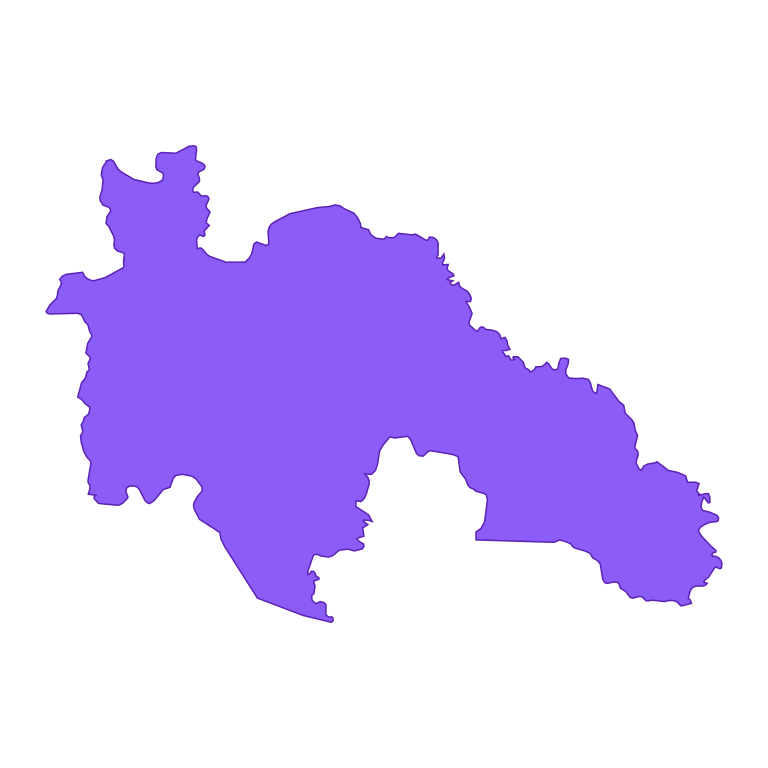 SVG path tracing the border of Savanes
{"feature_id": "CIV-3431", "entity_name": "Savanes", "entity_type": "Department", "adm_level": 1, "iso_a3": "CIV", "parent_name": "Ivory Coast", "parent_adm1": "", "projection": "albers", "projection_center": [-5.464, 9.628], "detail": "fine", "context": "isolated", "style": "filled", "palette": "violet", "viewbox_px": 768, "rotation_deg": 0, "n_neighbors": 0, "source": "natural_earth", "source_scale": "10m", "svg_char_len": 6070}
<svg xmlns="http://www.w3.org/2000/svg" viewBox="0 0 768 768"><path d="M344.6,208.9L354.1,213.3L357.9,218.2L360.5,223.7L360.8,227.4L368.5,229.7L370.8,234.7L376.0,238.2L383.9,239.3L386.5,236.5L388.6,237.7L392.1,237.8L394.6,237.2L398.6,233.3L412.1,234.9L415.5,234.0L426.0,240.2L427.9,240.0L429.5,237.1L433.0,237.4L436.5,239.7L438.1,242.9L438.1,254.8L436.7,257.3L437.0,258.2L441.1,258.0L443.9,254.0L444.5,258.5L442.7,262.4L442.6,264.8L448.3,264.5L446.9,268.4L448.1,270.6L453.5,274.2L453.9,275.9L448.9,277.7L447.0,279.5L452.8,280.9L449.9,282.3L451.7,284.8L454.0,285.2L458.6,282.3L459.7,286.2L462.0,288.3L467.4,291.3L469.8,294.6L471.3,298.5L470.5,301.5L466.0,301.6L469.3,307.0L472.1,313.4L469.0,322.3L469.3,324.8L475.6,330.6L477.4,331.3L479.7,327.9L481.4,326.9L483.8,327.4L485.5,329.4L492.3,330.2L496.6,331.6L499.6,334.3L501.0,338.7L505.1,337.4L506.9,340.7L507.9,345.6L510.0,349.2L506.5,350.5L502.6,350.6L502.6,352.2L504.5,353.9L505.6,356.5L508.4,355.7L511.2,360.2L514.5,359.6L512.9,357.5L513.7,356.7L518.0,356.8L523.5,362.5L525.0,367.8L529.1,369.9L530.3,372.2L533.7,370.2L535.9,367.5L535.7,366.9L541.4,366.6L544.0,365.2L546.7,362.3L549.1,364.4L552.2,369.0L554.7,369.9L557.8,369.0L558.7,363.8L560.6,358.5L565.1,358.1L568.1,359.1L568.6,360.1L568.1,363.9L566.0,369.5L565.6,373.4L568.6,377.9L575.6,378.6L583.2,378.2L588.4,379.4L590.3,382.6L592.2,389.7L593.6,392.1L596.6,393.5L597.9,384.5L609.6,388.9L619.1,401.6L623.7,405.1L625.2,413.1L632.4,420.4L634.1,423.4L635.2,430.4L637.6,435.6L634.8,446.8L635.3,448.7L637.7,451.2L638.3,454.9L636.6,459.6L636.1,463.1L639.1,469.1L641.6,470.1L643.6,466.2L647.6,464.1L655.7,462.7L656.9,461.7L668.5,470.5L677.3,472.3L685.6,475.9L687.6,482.3L695.7,482.2L699.1,483.6L696.5,490.9L699.5,494.2L697.9,495.5L705.8,493.6L708.3,493.6L709.8,497.0L709.9,502.5L708.2,502.9L703.8,497.0L701.7,502.0L701.0,506.8L702.6,510.4L710.2,512.3L717.0,515.4L718.6,517.8L718.2,520.8L715.9,521.7L709.9,522.3L704.6,524.5L700.1,527.4L698.4,531.1L701.8,536.4L711.8,547.0L715.9,550.4L715.9,552.0L713.2,552.7L711.5,555.0L712.5,555.4L712.8,556.5L715.5,556.2L718.5,557.7L720.9,560.3L721.9,563.1L721.4,567.9L720.0,568.7L715.2,566.9L708.5,577.2L704.5,580.4L703.8,582.3L707.2,583.3L705.5,585.2L702.6,586.0L696.2,586.1L692.5,587.4L690.4,590.4L688.2,598.2L690.3,600.0L691.5,603.3L681.8,605.9L680.6,605.6L676.8,601.7L672.6,600.4L668.2,600.6L664.5,601.6L652.8,600.2L647.2,600.9L645.7,600.5L642.4,597.2L640.1,596.3L633.0,598.1L630.3,597.5L625.9,591.7L620.3,588.0L619.2,584.1L617.6,582.4L613.8,582.0L607.2,583.4L604.7,582.7L602.7,579.1L600.2,563.8L597.4,560.6L592.7,557.8L589.9,553.2L585.0,551.0L574.8,548.0L573.0,546.9L570.5,543.6L562.6,540.6L559.3,540.1L554.2,542.3L476.0,539.9L476.0,531.9L480.9,528.5L484.5,522.2L487.4,500.2L486.4,495.0L484.8,493.8L475.7,491.1L473.4,489.0L470.2,487.7L468.0,485.3L465.5,479.0L460.2,472.0L458.1,456.6L452.4,454.4L430.5,450.7L427.8,451.8L423.2,456.1L419.1,455.8L416.5,453.5L410.7,439.8L408.2,436.7L406.9,436.4L394.5,438.0L389.9,436.8L382.7,445.6L379.5,451.3L377.6,464.0L375.5,470.4L371.4,474.4L364.9,474.0L367.8,477.2L369.1,480.5L369.1,484.2L366.4,493.7L364.2,498.6L360.9,501.6L356.1,500.8L355.8,506.5L368.7,514.9L372.2,521.5L368.1,520.2L363.6,520.1L363.6,521.5L367.9,524.6L362.7,527.8L363.9,536.2L358.3,537.9L356.9,539.0L359.2,541.4L363.6,544.0L363.9,546.7L362.3,548.9L354.2,550.9L348.2,549.2L340.7,549.9L338.6,550.7L333.0,555.5L328.8,557.1L321.3,556.1L317.2,554.3L314.1,554.7L313.0,556.2L307.8,571.6L308.0,574.6L309.7,573.7L311.3,571.2L313.5,571.4L314.9,572.9L316.2,576.1L318.9,577.9L319.0,579.2L313.6,581.1L315.0,586.4L313.8,593.9L311.7,595.4L312.0,600.1L315.6,603.6L320.4,601.6L323.8,602.5L325.4,603.9L326.0,605.1L325.8,614.7L328.7,617.1L331.9,616.9L332.8,617.6L333.2,620.6L331.5,622.3L303.2,615.5L257.4,598.1L224.8,546.8L221.0,539.0L219.9,533.1L219.1,532.0L199.5,519.3L194.1,508.8L193.5,505.2L194.0,502.7L197.2,496.8L202.1,491.0L202.1,487.2L196.1,478.9L191.6,476.1L182.0,474.3L176.1,475.4L173.4,477.9L170.0,487.3L163.3,489.5L153.9,500.9L149.6,503.6L147.4,502.8L145.0,500.5L139.0,488.9L136.8,486.8L133.9,485.9L129.2,486.2L126.5,488.2L125.8,491.5L127.9,496.6L127.6,498.2L122.5,503.4L118.4,505.3L98.9,503.5L94.1,498.7L94.3,496.6L96.0,495.3L88.3,494.2L90.1,488.1L89.7,485.2L88.0,482.1L88.2,479.2L90.9,463.3L90.5,461.1L86.9,457.1L83.8,451.5L81.3,442.5L80.5,435.7L82.4,432.8L82.7,431.0L81.2,424.6L83.0,422.3L84.3,417.4L88.0,414.7L88.9,413.3L89.9,408.6L89.6,407.2L84.8,403.3L81.6,399.4L77.7,397.1L81.6,382.8L85.5,377.8L86.9,372.0L89.4,369.7L88.0,363.3L89.8,360.0L90.2,357.3L85.9,353.1L87.7,343.4L91.7,336.7L91.8,335.3L89.7,331.5L87.9,324.8L84.7,321.5L82.2,316.1L80.6,314.2L77.0,313.3L49.8,314.0L47.2,313.3L46.1,311.3L50.1,304.7L56.4,298.5L57.4,295.4L57.9,290.9L61.3,284.3L61.2,281.5L59.6,279.5L62.1,276.3L65.9,274.4L82.5,272.3L84.7,276.4L87.2,278.6L91.3,280.5L94.2,280.7L105.1,277.6L122.5,268.1L124.0,266.7L123.5,261.9L124.4,253.2L117.7,251.1L114.6,248.3L113.9,245.5L114.5,239.7L113.7,236.2L108.6,226.1L106.0,223.6L107.0,216.6L110.4,211.5L110.4,209.1L109.1,207.5L102.9,205.0L100.2,200.7L99.9,197.0L102.0,190.1L103.1,180.2L101.3,175.1L101.8,171.1L102.8,167.1L106.3,161.8L106.1,161.1L110.8,159.5L113.6,161.4L117.9,168.9L121.1,171.8L134.0,179.5L149.1,183.0L153.6,183.3L158.8,182.4L162.8,179.7L163.6,174.6L162.0,172.6L156.9,169.7L155.8,166.8L156.2,158.3L157.7,154.3L161.4,152.5L175.9,153.2L189.0,146.3L194.2,145.7L196.3,146.9L196.6,149.9L195.5,158.9L196.1,160.6L202.4,163.3L204.4,165.0L205.1,166.7L204.0,169.3L199.5,171.6L197.8,173.5L199.6,179.2L199.3,181.7L194.0,186.7L193.0,188.4L192.9,191.7L194.0,192.3L197.7,192.0L201.2,195.9L206.8,195.9L208.0,196.7L209.0,198.9L205.9,205.9L206.6,208.0L210.1,212.1L206.9,218.8L206.2,222.8L209.3,225.4L204.1,231.2L205.0,234.7L204.6,235.8L202.8,236.5L199.8,234.7L197.2,237.6L196.6,240.5L197.3,248.6L200.6,247.9L202.9,249.5L207.1,254.6L209.9,256.4L226.0,262.2L245.1,262.1L249.1,258.2L251.7,254.0L253.9,244.0L256.4,242.0L266.4,245.5L268.9,243.6L268.0,231.8L268.9,227.8L271.3,224.2L274.6,221.8L289.9,213.7L317.4,207.6L329.3,206.5L335.2,204.9L339.9,205.8L344.6,208.9Z" fill="#8b5cf6" stroke="#5b21b6" stroke-width="1.5"/></svg>